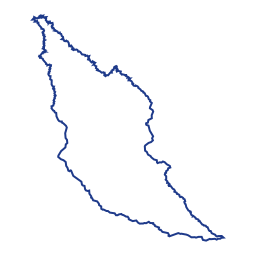 the district of Agustín Codazzi, Cesar, Colombia, rotated 90°
{"feature_id": "7082276B21922340436225", "entity_name": "Agustín Codazzi", "entity_type": "district", "adm_level": 2, "iso_a3": "COL", "parent_name": "Colombia", "parent_adm1": "Cesar", "projection": "robinson", "projection_center": [-73.375, 9.994], "detail": "fine", "context": "isolated", "style": "outline", "palette": "blue", "viewbox_px": 256, "rotation_deg": 90, "n_neighbors": 0, "source": "geoboundaries", "source_scale": "gbopen_adm2", "svg_char_len": 5783}
<svg xmlns="http://www.w3.org/2000/svg" viewBox="0 0 256 256"><g transform="rotate(90 128 128)"><path d="M209.7,153.2L209.5,152.5L211.0,149.5L211.0,148.1L212.6,146.1L213.3,141.3L215.2,140.0L215.2,138.4L214.4,137.1L214.0,134.6L214.8,133.8L215.1,132.5L216.6,129.9L216.7,128.3L218.3,127.2L219.3,127.2L221.1,123.3L220.5,119.7L222.6,118.0L223.6,116.4L223.5,112.7L223.0,111.7L223.2,109.9L221.8,107.2L223.0,105.8L223.1,102.8L224.2,102.7L224.8,101.4L226.1,100.9L227.5,97.0L228.9,97.3L229.8,96.4L229.8,95.3L231.9,93.6L233.1,88.0L234.7,87.1L235.8,87.5L236.3,86.6L233.1,77.7L233.9,75.5L233.7,74.6L234.6,69.7L235.3,67.8L237.3,64.6L237.2,61.1L237.6,60.0L236.9,57.6L236.9,54.3L239.9,53.1L240.6,49.9L238.9,46.2L239.2,45.2L238.8,41.1L239.6,39.3L238.8,38.1L238.7,35.7L237.8,34.6L237.6,32.5L236.0,34.3L236.1,38.0L236.5,39.0L235.7,40.3L234.8,40.7L233.2,44.3L231.0,45.3L231.0,46.4L230.3,47.1L227.2,48.4L226.9,49.5L225.7,50.3L225.5,52.2L224.9,52.5L224.6,53.7L221.3,56.3L221.2,57.0L220.7,56.7L220.3,57.5L219.5,57.7L218.6,60.3L217.8,60.4L216.0,62.6L216.3,63.2L215.7,63.1L214.9,64.6L213.3,65.3L212.5,65.1L212.3,65.7L211.5,65.5L210.5,67.6L207.1,69.7L204.2,70.4L203.7,71.1L202.0,71.7L201.3,70.8L199.3,71.4L198.7,72.7L198.0,72.8L196.8,74.5L197.1,75.8L196.1,76.5L195.2,76.5L194.3,77.5L193.9,79.1L192.7,79.3L191.7,81.6L190.8,81.1L189.5,81.8L188.7,83.3L186.1,85.2L186.0,87.1L185.1,87.5L184.2,86.4L182.9,87.8L182.9,88.9L181.4,88.6L179.7,90.3L179.0,89.8L176.3,89.8L174.6,91.2L172.9,90.7L172.8,89.9L171.2,89.9L170.1,88.3L168.3,87.8L167.5,85.7L165.9,86.2L164.3,89.2L162.2,91.3L161.5,93.1L162.5,94.5L162.3,96.2L163.1,98.4L162.4,99.0L160.2,99.2L159.5,102.0L157.3,104.7L156.1,105.4L154.6,108.0L151.9,109.2L150.7,110.9L146.3,111.2L145.5,110.8L142.9,107.4L142.1,105.0L140.4,103.1L138.3,103.9L136.3,102.9L130.7,106.2L125.6,107.5L124.9,109.6L124.3,109.9L123.3,109.9L122.6,108.1L120.0,107.6L118.3,104.2L115.2,104.3L111.6,102.8L110.1,103.4L108.3,106.1L107.2,106.0L103.0,104.2L101.4,106.0L100.2,105.7L99.2,107.2L96.8,108.0L96.1,108.7L95.8,110.1L93.2,111.3L92.5,112.7L91.8,112.6L91.3,113.2L90.8,114.7L89.5,115.5L87.9,117.7L87.3,117.6L86.3,118.5L85.5,120.4L86.0,120.7L85.6,122.4L84.7,123.0L83.9,122.8L83.7,123.8L82.7,123.5L81.1,124.6L80.5,125.9L79.9,126.3L80.3,126.6L80.3,127.0L79.7,126.6L79.6,127.0L78.6,126.0L78.7,126.8L78.1,126.5L77.4,127.3L77.7,128.4L76.9,128.1L76.4,129.3L75.0,129.8L75.0,130.5L75.6,130.6L74.8,131.6L74.3,133.7L74.6,134.1L73.1,135.6L71.5,135.2L70.9,137.9L71.5,139.2L70.1,139.6L69.4,138.4L68.6,138.8L68.0,140.6L67.2,139.3L66.4,139.2L66.0,139.8L67.0,141.7L69.9,142.5L69.9,143.6L70.9,143.9L71.3,144.7L72.6,144.2L72.7,145.8L75.3,147.9L75.1,149.0L75.7,149.9L75.4,150.4L76.0,150.7L75.5,151.4L74.9,150.6L74.1,151.6L73.4,151.2L72.7,151.4L72.8,152.2L72.3,152.6L72.7,154.3L71.3,155.9L70.2,158.9L69.4,158.2L68.1,160.1L66.3,159.7L65.5,161.3L64.3,161.9L64.4,162.2L62.9,161.0L62.8,161.7L62.3,161.6L62.0,162.1L62.7,162.6L61.4,163.4L62.4,164.3L61.4,165.5L59.1,166.6L59.7,167.5L59.5,168.0L56.1,166.8L56.5,168.2L55.6,168.8L56.0,170.6L54.9,170.8L54.4,174.0L52.1,175.6L51.4,176.7L51.7,177.7L49.9,178.6L49.5,179.5L49.8,180.9L49.5,181.6L50.1,182.4L49.5,183.5L48.8,182.4L48.4,182.5L48.0,183.8L47.2,183.6L45.6,184.8L46.3,185.7L45.7,186.1L46.0,186.8L42.9,187.3L41.2,188.4L41.2,189.6L40.7,189.8L41.2,190.7L41.0,191.7L39.5,192.4L39.2,194.2L38.0,192.8L36.9,193.0L35.9,194.3L34.0,194.8L33.5,196.1L32.6,196.2L33.0,197.6L31.4,198.6L30.8,201.0L30.5,200.3L30.1,200.8L30.4,201.4L28.6,202.1L28.4,203.3L27.7,203.0L27.4,203.9L26.9,203.7L26.5,204.3L25.6,204.1L24.9,203.1L22.9,203.5L23.2,205.7L22.4,205.9L23.0,206.3L22.3,206.2L22.0,206.8L22.9,207.4L21.9,207.4L22.4,208.2L21.8,208.4L21.8,209.1L21.1,209.2L20.3,210.2L18.8,210.1L18.6,209.1L18.1,210.7L17.1,209.9L17.4,213.3L15.9,212.9L17.1,215.0L15.8,215.4L15.5,214.9L15.4,215.4L16.2,216.5L17.6,215.7L17.5,216.4L17.9,216.9L17.3,217.3L18.6,218.9L17.1,221.8L17.7,221.8L19.6,223.5L19.5,221.4L20.9,220.7L21.3,221.0L21.2,220.5L21.6,220.5L21.1,218.9L23.0,218.5L22.8,217.6L24.6,217.4L27.7,214.6L28.7,214.7L29.2,212.5L30.7,211.9L32.1,212.6L31.8,213.0L32.3,213.5L33.7,213.1L33.9,212.5L35.1,212.7L35.2,211.8L36.1,212.1L36.6,211.2L38.1,212.2L38.7,211.7L39.7,212.0L40.1,211.0L40.9,212.2L42.6,211.8L42.5,212.4L45.0,211.7L44.9,212.1L45.6,211.8L46.9,212.7L47.4,212.3L47.1,212.0L48.2,212.0L47.8,212.5L48.4,213.0L48.5,212.3L49.3,212.3L50.2,210.7L50.4,211.1L51.1,210.7L51.3,211.2L51.6,210.7L51.6,211.3L52.2,211.3L52.2,212.7L52.6,212.5L52.8,213.1L53.3,213.2L53.2,214.0L55.9,215.9L55.8,216.7L56.4,216.9L56.7,215.7L57.1,216.2L57.9,216.0L57.9,214.9L58.8,213.2L60.0,212.8L63.3,209.9L64.0,210.0L64.8,208.4L65.3,208.5L64.6,206.5L65.0,206.3L65.2,205.0L66.1,205.1L66.3,205.7L66.8,205.6L67.8,206.3L68.5,205.6L69.4,205.9L69.6,206.7L71.3,206.2L71.9,207.1L72.6,206.8L72.7,207.3L73.5,207.2L74.0,207.7L75.4,207.1L76.2,206.2L76.2,205.5L79.3,205.8L80.2,204.3L84.5,204.4L86.5,203.2L86.6,202.2L87.1,202.5L88.1,202.0L88.0,202.5L88.7,203.0L90.3,201.7L91.6,201.6L92.0,200.9L93.6,201.6L95.2,200.5L95.7,201.2L96.1,200.6L97.6,201.5L98.2,201.1L99.3,202.0L99.7,201.8L100.6,202.4L101.6,201.6L102.5,202.4L103.6,201.9L104.0,202.4L105.6,202.7L106.3,204.5L107.1,204.2L108.3,204.5L110.6,202.7L110.9,201.8L112.4,201.2L112.9,199.8L116.4,199.5L119.8,197.9L121.1,196.8L121.6,195.3L121.5,194.2L122.7,193.9L123.2,192.8L125.8,190.0L127.5,189.2L133.2,190.8L138.0,190.4L139.9,189.0L143.0,188.7L144.4,190.2L147.4,190.6L151.1,194.9L155.6,197.6L156.9,197.8L159.2,195.1L160.2,192.5L162.0,190.3L165.9,189.8L167.8,188.5L170.6,187.7L171.2,186.5L170.4,185.6L170.6,184.9L175.9,182.7L181.7,174.6L184.7,174.0L185.5,173.1L185.9,171.5L189.2,170.9L190.4,170.1L191.0,168.2L190.6,166.8L193.7,166.6L196.4,164.7L197.6,164.9L198.2,163.8L200.3,162.9L201.4,158.8L203.7,157.1L205.1,156.9L206.4,154.8L208.8,154.7L209.7,153.2Z" fill="none" stroke="#1e3a8a" stroke-width="2"/></g></svg>